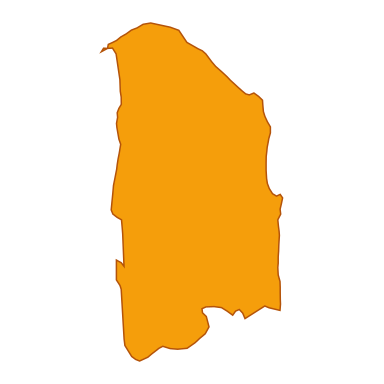 the district of Nísia Floresta, Rio Grande do Norte, Brazil
{"feature_id": "56859067B86256088281903", "entity_name": "Nísia Floresta", "entity_type": "district", "adm_level": 2, "iso_a3": "BRA", "parent_name": "Brazil", "parent_adm1": "Rio Grande do Norte", "projection": "natural_earth1", "projection_center": [-35.168, -6.054], "detail": "fine", "context": "isolated", "style": "filled", "palette": "amber", "viewbox_px": 384, "rotation_deg": 0, "n_neighbors": 0, "source": "geoboundaries", "source_scale": "gbopen_adm2", "svg_char_len": 1717}
<svg xmlns="http://www.w3.org/2000/svg" viewBox="0 0 384 384"><path d="M209.0,326.9L206.3,316.5L202.5,312.8L202.0,308.7L206.0,306.9L214.1,306.6L221.5,307.6L227.1,311.1L232.7,315.2L235.6,311.1L239.3,309.5L242.7,313.1L245.0,318.6L264.8,306.0L269.1,307.8L280.0,310.4L280.5,304.1L280.3,299.4L280.2,291.7L280.2,287.3L280.0,281.5L278.2,274.9L277.8,267.5L278.2,263.2L278.2,256.8L278.6,251.3L278.8,245.1L279.1,240.0L279.4,235.4L279.1,231.3L278.4,225.9L277.8,219.8L280.7,214.1L280.1,209.2L281.4,203.7L282.6,197.9L280.2,194.4L276.5,196.1L272.5,193.7L269.3,188.6L267.4,183.6L266.6,178.7L266.1,170.3L266.1,163.0L266.2,156.5L266.8,151.3L267.2,147.2L268.1,142.6L268.8,138.6L270.4,132.9L270.4,126.9L267.4,121.8L264.9,116.4L263.4,111.6L262.8,104.9L262.5,100.2L258.6,96.4L253.9,93.0L249.3,94.9L245.7,93.9L242.4,91.2L237.9,87.2L230.3,80.2L227.0,76.7L222.5,72.5L215.6,66.4L211.7,61.8L205.8,53.9L202.3,50.8L198.1,48.8L186.9,42.4L178.8,30.3L170.2,27.2L150.7,23.0L143.1,24.3L137.1,27.9L131.4,30.1L126.2,33.9L120.9,36.9L116.5,40.5L112.3,42.6L108.3,44.4L107.5,48.4L112.5,48.1L116.1,53.9L119.9,79.7L120.3,91.4L121.2,97.1L121.3,104.4L118.9,108.4L117.2,112.8L117.6,117.4L116.5,123.4L116.9,127.5L118.9,139.1L120.7,144.3L119.2,153.4L118.1,158.9L117.2,164.7L116.7,169.1L114.8,178.9L113.5,185.4L112.9,192.4L111.2,209.9L112.9,214.1L117.2,217.4L121.5,219.8L122.2,227.7L122.7,234.1L124.0,266.3L121.2,262.7L116.4,260.1L116.4,279.9L120.0,285.5L121.2,289.3L124.1,338.9L124.9,345.5L131.7,356.5L135.6,359.4L139.6,361.0L147.9,357.2L151.5,354.1L159.1,348.2L162.8,346.3L170.2,348.6L177.6,349.2L187.1,348.3L195.1,342.7L199.9,338.2L205.2,333.8L209.0,326.9ZM101.4,51.7L107.5,48.4L103.6,48.2L101.4,51.7Z" fill="#f59e0b" stroke="#b45309" stroke-width="1.5"/></svg>